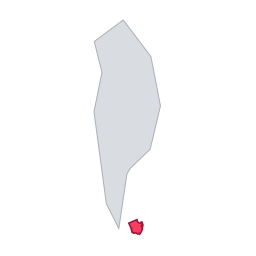 Ollei, Palau (highlighted), rotated 163°
{"feature_id": "81905179B39968712547281", "entity_name": "Ollei", "entity_type": "district", "adm_level": 2, "iso_a3": "PLW", "parent_name": "Palau", "parent_adm1": "", "projection": "albers", "projection_center": [134.619, 7.719], "detail": "fine", "context": "in_parent", "style": "filled", "palette": "rose", "viewbox_px": 256, "rotation_deg": 163, "n_neighbors": 0, "source": "geoboundaries", "source_scale": "gbopen_adm2", "svg_char_len": 2461}
<svg xmlns="http://www.w3.org/2000/svg" viewBox="0 0 256 256"><g transform="rotate(163 128 128)"><path d="M135.0,220.6L101.0,232.7L85.2,189.6L90.5,139.6L113.0,101.2L137.4,88.9L142.4,84.5L166.2,34.6L170.8,62.1L155.8,153.4L136.6,188.9L135.0,220.6Z" fill="#d9dde1" stroke="#a8b0b8" stroke-width="1"/><path d="M155.1,36.8L154.4,31.5L154.2,31.6L154.3,31.6L154.3,31.4L154.3,31.2L154.5,31.0L154.5,30.9L154.5,30.7L154.4,30.7L154.5,30.6L154.4,30.5L154.4,30.4L154.5,30.2L154.5,29.9L154.5,29.7L154.5,29.4L154.4,29.3L154.5,29.2L154.4,28.9L154.4,28.7L154.3,28.4L154.4,28.2L154.4,27.9L154.4,27.6L154.4,27.4L154.5,27.4L154.4,27.2L154.4,26.8L154.3,26.7L154.2,26.7L153.9,26.5L154.0,26.5L153.9,26.4L153.8,26.2L153.7,26.1L153.6,25.9L153.4,25.9L153.2,25.7L152.9,25.6L152.7,25.6L152.4,25.7L152.2,25.7L151.9,25.6L151.7,25.6L151.4,25.5L151.4,25.4L151.2,25.4L151.0,25.2L150.9,25.1L150.8,24.9L150.7,24.8L150.5,24.7L150.4,24.6L150.3,24.4L150.2,24.2L149.9,24.0L149.9,23.9L149.7,23.9L149.4,23.7L149.2,23.6L148.9,23.6L148.7,23.5L148.5,23.4L148.4,23.4L148.2,23.3L147.9,23.3L147.7,23.4L147.7,23.5L147.6,23.4L147.5,23.5L147.5,23.4L147.4,23.5L147.2,23.6L146.9,23.8L146.7,23.9L146.6,24.0L146.4,24.3L146.2,24.4L146.0,24.5L145.9,24.6L145.7,24.7L145.7,24.8L145.6,25.0L145.4,25.1L145.2,25.3L145.1,25.5L144.9,25.8L144.8,26.0L144.7,26.0L144.7,26.3L144.5,26.5L144.3,26.5L144.2,26.6L144.1,26.8L144.0,27.0L143.8,27.1L143.8,27.3L143.7,27.4L143.7,27.6L143.8,27.7L143.8,27.8L143.7,27.8L143.5,28.0L143.5,28.3L143.7,28.5L143.5,28.8L143.4,28.8L143.2,28.9L143.1,29.0L142.9,29.2L142.8,29.3L142.9,29.5L143.0,29.6L143.2,29.9L143.3,30.1L143.6,30.2L143.6,30.3L143.6,30.5L142.4,30.5L142.4,30.4L142.3,30.5L141.8,30.5L142.0,30.5L142.0,30.9L142.5,30.9L142.4,30.8L142.4,30.5L143.5,30.6L143.4,30.7L143.4,30.8L143.2,30.9L143.0,31.0L142.9,31.0L142.7,31.2L142.6,31.4L142.5,31.5L142.5,31.8L142.4,31.8L142.2,31.9L142.1,32.0L142.1,32.3L142.1,32.5L142.0,32.8L142.0,33.1L142.1,33.3L142.1,33.6L142.1,33.8L142.1,34.0L142.3,34.2L142.5,34.1L142.8,34.0L142.8,33.9L143.0,33.9L143.4,33.7L143.5,33.6L143.6,33.4L143.6,33.5L143.7,33.4L143.8,33.4L144.0,33.4L144.3,33.4L144.5,33.5L144.8,33.7L145.0,33.8L145.1,34.0L145.3,34.2L145.3,34.3L145.2,34.3L145.3,34.3L145.4,34.5L145.5,34.6L145.7,34.8L145.8,34.8L145.9,35.0L146.0,35.1L146.1,35.3L146.2,35.5L146.3,35.6L146.3,35.9L146.3,36.1L146.3,36.3L146.3,36.5L146.3,36.9L146.2,37.0L146.1,37.3L146.2,37.5L146.2,37.8L146.3,37.8L155.1,36.8Z" fill="#f43f5e" stroke="#9f1239" stroke-width="1.5"/></g></svg>